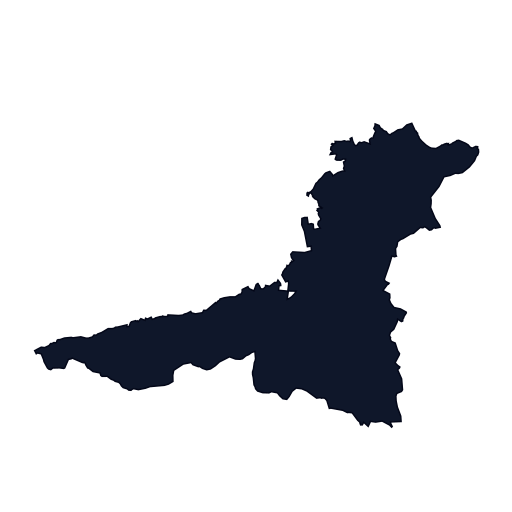 the district of Sieu, Bistrita-Nasaud, Romania, rotated 188°
{"feature_id": "2599482B45546985901093", "entity_name": "Sieu", "entity_type": "district", "adm_level": 2, "iso_a3": "ROU", "parent_name": "Romania", "parent_adm1": "Bistrita-Nasaud", "projection": "orthographic", "projection_center": [24.629, 47.002], "detail": "fine", "context": "isolated", "style": "filled", "palette": "ink", "viewbox_px": 512, "rotation_deg": 188, "n_neighbors": 0, "source": "geoboundaries", "source_scale": "gbopen_adm2", "svg_char_len": 6098}
<svg xmlns="http://www.w3.org/2000/svg" viewBox="0 0 512 512"><g transform="rotate(188 256 256)"><path d="M462.0,131.5L460.0,128.6L458.9,129.6L455.0,129.2L451.9,123.8L451.2,121.9L447.0,116.2L445.6,115.2L443.4,114.9L441.6,116.8L435.0,117.9L430.8,117.9L429.9,118.5L427.4,127.5L424.8,128.4L423.8,129.3L413.2,126.4L411.7,126.3L411.3,126.9L409.9,125.7L409.6,124.8L407.1,121.7L405.8,121.5L401.3,118.9L394.2,118.5L393.0,116.1L391.7,115.4L386.6,116.2L382.3,113.8L379.5,113.2L378.1,112.3L374.3,111.8L372.6,110.6L371.2,108.7L369.2,107.2L364.9,106.5L363.4,105.5L361.1,105.6L360.2,106.7L358.8,107.6L353.9,107.3L347.1,109.7L342.9,111.9L328.7,115.2L324.8,117.0L320.8,120.2L321.8,126.3L321.6,131.3L313.0,138.9L305.4,141.5L303.3,139.6L297.8,138.4L296.2,138.7L293.4,137.3L289.0,136.5L285.4,137.8L281.0,141.7L277.5,146.0L268.2,152.5L262.0,151.1L257.4,151.5L255.1,152.4L252.1,155.8L249.5,157.3L246.8,159.9L243.8,161.4L242.2,154.3L242.3,152.1L242.8,150.1L242.8,143.8L243.3,140.7L242.9,138.2L241.7,135.0L240.0,128.1L238.7,126.4L237.9,124.5L235.6,122.5L230.3,121.6L224.1,122.3L221.9,123.8L215.7,123.5L213.1,120.9L209.5,118.4L205.6,118.3L203.7,121.4L201.4,127.1L197.9,130.8L192.2,130.9L186.8,129.4L176.2,123.7L172.5,124.7L171.6,124.3L169.8,124.8L168.0,124.7L165.7,122.8L162.2,115.3L160.7,115.8L148.6,115.3L144.1,113.8L143.3,113.7L143.2,114.2L140.8,114.0L140.3,114.4L138.6,113.8L132.4,107.5L130.0,105.9L129.8,104.9L129.1,104.6L129.2,103.7L128.9,103.3L127.2,103.6L126.2,106.4L121.2,102.9L119.6,108.2L114.4,108.2L108.1,110.1L100.1,107.2L97.9,105.4L97.4,106.1L99.2,108.8L99.7,110.4L89.3,112.3L90.4,117.6L95.0,126.0L97.1,132.0L98.0,136.7L97.5,139.5L93.1,142.1L92.3,143.9L94.7,154.6L99.8,162.8L99.6,163.6L98.4,165.0L98.1,166.1L100.4,167.3L103.4,169.6L100.4,177.9L100.3,179.3L102.6,182.0L106.1,189.2L110.0,190.2L111.0,191.6L111.5,192.6L111.4,194.0L112.6,195.4L112.8,196.5L112.2,199.4L109.4,202.6L107.0,210.6L107.0,213.2L102.9,211.3L101.7,212.0L101.8,214.3L101.2,215.2L101.0,216.8L99.2,220.6L99.5,221.4L105.6,223.7L112.2,224.2L115.9,227.8L117.9,231.1L117.6,233.3L118.3,236.9L125.5,239.5L121.4,246.9L120.9,246.6L120.4,247.6L124.4,248.9L125.7,250.7L123.0,264.5L121.4,275.0L118.8,274.5L116.9,275.4L117.6,276.5L118.8,282.4L118.7,283.5L117.8,285.2L117.7,289.8L114.9,292.6L113.0,293.6L106.2,299.2L103.2,300.4L97.4,307.1L94.6,307.2L93.1,308.5L91.3,307.8L87.9,305.7L85.9,306.4L84.3,308.4L83.3,308.8L82.2,308.5L77.6,310.1L78.2,311.6L83.8,318.1L89.9,328.3L89.9,332.0L90.3,335.6L91.3,338.6L84.5,350.3L80.9,360.6L74.9,362.8L70.2,365.7L67.2,365.9L63.3,367.3L57.1,373.9L52.9,380.8L51.7,385.5L50.5,387.0L50.0,389.9L50.6,392.6L51.8,392.8L52.0,393.3L51.6,393.8L51.7,395.1L53.6,395.1L56.9,392.9L59.1,393.5L61.4,395.6L64.2,396.8L71.4,398.8L73.3,398.2L74.0,397.3L77.2,395.1L77.5,394.4L80.9,392.6L81.3,392.8L81.2,394.0L81.8,393.7L82.6,394.1L85.3,392.9L85.9,392.1L87.4,391.8L88.7,390.4L92.7,387.5L97.2,387.2L99.3,387.7L103.1,389.5L107.9,392.8L110.7,395.3L111.2,396.6L112.5,398.1L113.2,400.3L114.1,400.4L114.6,401.8L115.5,401.8L120.2,409.1L124.9,406.8L128.7,402.1L133.0,400.7L137.1,397.1L138.4,396.4L140.1,394.5L142.6,395.4L144.3,397.3L147.4,398.0L148.2,399.0L150.7,400.2L152.3,402.4L156.4,403.4L156.3,401.4L157.1,398.7L155.4,396.9L154.8,395.7L154.8,395.1L155.3,394.7L156.4,390.5L156.3,389.7L156.7,389.0L158.1,388.9L159.6,387.3L159.8,386.6L158.5,382.8L164.8,384.1L167.3,382.8L169.2,383.1L170.1,382.3L171.4,379.7L172.7,379.1L174.2,380.1L176.2,383.3L177.5,386.5L179.1,385.4L178.6,383.9L178.9,382.3L180.8,382.6L182.3,382.0L184.6,382.4L187.4,381.2L193.6,380.5L192.9,378.6L193.6,378.6L194.5,377.7L196.2,378.0L196.8,377.2L195.2,376.2L196.9,374.5L196.9,371.7L195.3,370.8L194.7,369.6L196.0,368.9L196.7,366.8L191.6,368.2L190.2,367.6L191.0,363.1L190.9,362.7L189.4,362.2L185.3,362.7L183.3,364.2L180.7,364.3L180.7,362.1L181.3,362.2L182.4,361.2L181.0,357.3L181.5,355.0L180.0,352.4L182.4,352.0L186.4,350.0L191.1,346.0L191.8,347.4L194.7,350.0L198.3,348.1L199.3,347.0L201.9,342.6L204.0,340.2L205.4,337.6L206.7,336.3L208.6,330.2L210.6,327.3L212.5,326.0L213.8,326.1L214.2,325.4L214.0,323.3L212.5,322.7L212.5,323.7L211.8,325.4L210.9,326.0L209.8,325.9L208.9,324.3L207.6,323.4L208.1,322.7L205.7,320.9L203.0,320.0L202.4,319.3L201.8,317.3L201.1,316.8L200.7,314.5L197.0,312.8L197.4,312.2L199.1,312.7L201.8,311.2L201.4,310.1L201.9,309.6L200.1,308.2L199.8,307.7L200.2,306.6L199.6,305.2L197.0,302.0L197.3,300.3L198.9,298.9L199.2,296.5L199.0,295.6L196.2,292.5L201.5,290.6L202.8,291.0L203.7,295.4L205.6,295.8L208.7,294.7L210.7,301.3L213.2,300.9L215.8,299.6L215.0,293.2L211.5,287.2L206.4,272.4L202.8,273.4L201.8,269.0L208.3,266.2L220.2,265.2L221.8,262.6L220.7,259.6L219.5,258.0L217.9,256.7L219.3,255.6L220.0,255.8L219.8,254.6L220.9,254.3L221.6,251.8L223.1,250.8L224.0,251.0L224.0,249.8L224.5,248.8L224.3,247.5L225.4,247.4L227.1,243.9L227.3,242.0L227.8,240.8L223.0,234.5L220.6,235.9L219.8,233.1L219.6,225.8L211.3,226.8L212.6,223.9L215.0,220.6L216.7,219.0L219.1,217.4L219.1,225.1L220.7,225.6L228.9,225.2L229.1,229.7L227.4,230.2L227.5,230.8L228.0,232.3L230.9,235.2L231.7,232.5L233.9,232.4L238.2,228.0L242.4,228.2L242.3,226.9L244.2,224.4L246.7,224.1L248.8,227.4L249.8,228.1L250.1,229.0L250.5,229.0L251.8,227.8L253.2,221.2L258.3,222.7L259.7,224.5L265.0,220.9L264.7,218.2L265.9,215.8L267.2,215.8L270.8,212.6L276.1,211.9L281.7,210.2L285.6,208.4L286.1,207.0L287.6,205.8L288.8,203.5L289.6,204.2L297.6,195.2L300.2,195.0L301.1,192.4L307.9,190.3L311.9,190.7L312.9,192.0L316.3,189.6L318.9,188.5L320.3,187.3L324.3,186.3L335.0,185.4L335.1,183.9L337.8,183.3L340.1,183.5L340.0,183.0L342.6,182.6L347.0,180.7L346.9,180.3L349.9,178.8L351.3,180.8L354.7,178.5L356.7,179.0L356.9,176.8L361.3,177.9L363.6,174.5L364.6,175.3L365.6,174.5L366.2,175.2L370.2,173.5L371.0,172.4L371.9,168.5L374.1,168.1L374.2,169.9L383.0,166.4L385.3,165.9L386.2,164.9L388.2,164.1L392.3,163.5L398.1,158.8L402.0,156.7L403.0,155.4L405.4,155.2L406.7,153.1L410.6,151.3L413.0,151.0L418.2,151.6L425.9,149.5L427.6,149.7L434.3,148.1L438.5,145.9L440.4,145.6L441.2,144.9L441.6,142.8L442.2,142.1L444.0,142.2L445.9,140.9L447.2,140.7L448.5,138.5L452.5,135.9L456.0,135.8L462.0,131.5Z" fill="#0f172a" stroke="#020617" stroke-width="1.5"/></g></svg>